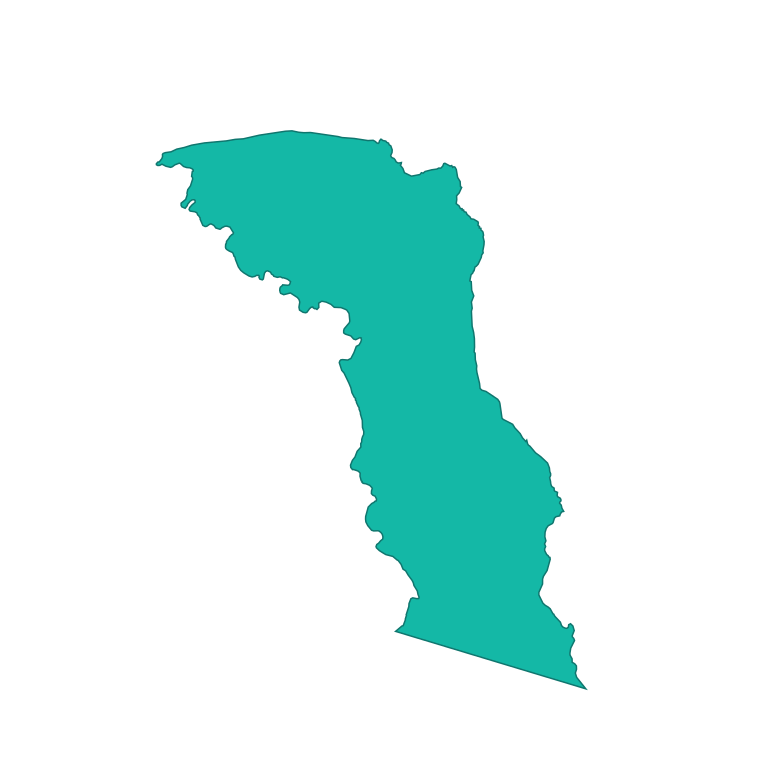 the district of Wampusirpi, Gracias a Dios, Honduras, rotated 287°
{"feature_id": "27666195B3053537582037", "entity_name": "Wampusirpi", "entity_type": "district", "adm_level": 2, "iso_a3": "HND", "parent_name": "Honduras", "parent_adm1": "Gracias a Dios", "projection": "mercator", "projection_center": [-84.653, 15.069], "detail": "fine", "context": "isolated", "style": "filled", "palette": "teal", "viewbox_px": 768, "rotation_deg": 287, "n_neighbors": 0, "source": "geoboundaries", "source_scale": "gbopen_adm2", "svg_char_len": 6171}
<svg xmlns="http://www.w3.org/2000/svg" viewBox="0 0 768 768"><g transform="rotate(287 384 384)"><path d="M613.9,302.4L612.1,297.5L610.1,283.8L607.4,271.8L607.2,267.7L603.0,240.2L600.9,234.0L599.8,228.8L599.2,222.0L596.9,215.8L585.6,192.2L577.3,177.7L574.4,170.1L570.4,162.2L562.0,141.7L556.2,130.3L551.7,123.7L548.0,117.1L543.8,112.5L541.3,107.2L539.9,105.4L538.8,105.0L536.9,105.7L534.7,105.7L530.8,104.2L530.0,102.7L527.9,101.9L527.1,102.3L526.8,103.8L527.5,105.6L529.3,107.4L528.5,111.8L528.8,116.6L529.9,118.1L532.4,119.9L535.3,123.6L535.3,124.7L533.4,128.7L533.3,132.0L534.0,135.3L533.6,137.9L532.9,139.0L531.8,139.3L531.4,138.6L530.7,138.6L526.3,139.3L525.6,140.4L524.1,141.1L516.8,141.0L512.5,139.5L508.8,139.8L507.7,140.5L502.6,140.4L497.6,137.1L495.4,137.8L494.3,138.9L493.9,142.5L497.1,143.7L498.6,143.7L502.2,145.2L504.0,146.7L504.7,148.5L504.4,149.6L502.5,150.3L499.3,148.1L496.0,146.6L493.8,146.6L492.7,148.0L493.4,152.8L493.0,155.0L491.2,156.4L490.8,157.5L488.9,159.7L487.8,160.0L482.7,164.4L482.3,166.9L483.0,168.4L485.5,170.3L486.6,171.7L485.9,175.0L484.0,177.6L484.0,181.6L484.3,182.3L485.8,183.1L488.3,185.7L489.0,187.5L489.0,190.8L484.5,195.9L482.7,195.5L482.4,194.8L479.5,193.3L478.4,193.2L474.4,191.7L472.2,192.1L471.5,191.7L468.5,192.4L467.4,193.1L466.7,194.2L465.9,197.1L465.5,200.4L464.8,201.5L462.2,203.3L461.8,204.4L459.7,205.5L453.4,210.5L450.8,213.8L449.3,217.4L447.8,223.3L447.8,226.6L449.2,229.1L450.6,230.3L451.3,232.5L450.6,233.2L449.5,233.2L448.0,234.6L448.0,237.2L449.1,237.9L454.9,237.3L457.1,238.0L458.2,239.5L457.8,242.8L456.3,244.2L455.6,246.4L454.8,247.1L454.8,250.8L456.2,253.4L455.8,255.9L456.2,256.7L456.1,260.0L455.8,261.8L454.6,264.7L452.1,264.7L451.0,264.3L450.3,263.2L449.2,258.1L448.5,258.0L446.3,256.6L445.2,256.5L443.1,256.9L441.2,258.0L440.5,258.7L440.1,262.0L443.7,267.9L441.4,275.9L439.9,278.1L437.7,279.5L432.6,280.2L430.0,281.6L428.9,285.6L429.2,288.2L430.0,289.3L434.3,290.8L436.1,291.9L436.8,293.4L436.1,294.1L435.7,295.6L436.1,296.3L435.7,298.1L438.2,299.3L442.2,297.9L444.8,300.1L445.1,301.2L445.4,304.8L444.7,309.9L442.8,314.0L444.5,320.6L444.1,325.3L443.8,326.8L441.2,330.0L434.2,332.9L432.4,332.9L425.2,329.8L423.3,329.8L421.1,330.5L420.4,332.4L420.3,338.2L418.1,341.8L418.1,344.0L421.3,347.4L421.3,348.8L420.6,348.8L419.8,349.5L417.3,349.5L414.0,348.7L411.9,346.5L405.3,346.1L398.8,344.9L396.3,342.3L395.2,337.2L394.5,335.7L393.1,335.0L391.3,335.0L384.7,339.6L382.8,342.6L374.7,350.1L370.7,353.4L366.3,355.9L362.6,359.5L361.9,361.0L360.4,361.3L359.7,362.4L358.2,363.1L354.9,366.0L354.2,367.1L352.7,367.5L350.1,369.6L348.3,370.3L342.8,373.9L336.2,376.1L332.6,378.6L329.7,379.3L327.5,378.9L324.6,378.9L322.0,379.6L320.2,379.2L316.9,380.3L311.8,378.0L305.7,377.6L301.7,376.1L296.6,375.7L294.4,376.7L292.9,378.9L293.3,380.0L293.2,384.4L292.5,386.2L291.7,387.3L288.8,388.0L284.8,390.5L284.4,391.6L283.7,391.6L282.9,393.1L283.3,396.0L282.9,400.0L281.4,402.6L280.7,403.3L278.1,403.3L275.5,404.0L274.4,405.8L274.1,408.3L271.8,410.5L270.0,410.8L269.3,409.7L267.9,409.0L266.1,407.2L261.7,404.9L251.9,405.2L249.3,405.9L246.8,407.0L243.8,409.9L240.5,414.9L240.5,417.1L241.9,421.2L241.9,422.3L241.1,424.5L239.7,426.3L237.5,427.7L235.3,428.1L233.1,426.6L230.2,425.4L228.4,424.0L226.2,423.9L225.1,424.7L223.3,428.3L222.2,432.3L221.4,435.6L221.7,442.9L219.5,448.0L219.4,449.1L216.5,453.1L212.5,456.3L211.7,459.3L208.4,462.9L204.4,468.3L202.5,470.1L200.0,471.6L195.9,476.3L192.6,478.1L190.4,479.9L189.0,479.9L188.3,478.0L187.9,474.0L186.5,472.5L181.4,472.1L178.5,472.8L169.8,472.7L169.4,473.1L165.4,473.1L164.7,473.4L158.5,473.0L157.8,471.9L150.8,467.4L151.5,666.1L159.8,654.0L163.5,651.5L167.5,651.5L170.7,650.4L172.2,648.2L172.9,645.3L176.2,644.2L179.1,641.2L180.9,640.5L186.0,639.8L194.4,641.2L196.2,639.8L197.3,638.0L198.4,637.6L203.8,638.0L207.8,635.4L209.3,632.5L207.8,631.0L205.3,631.4L203.8,630.3L203.5,628.8L203.8,626.3L204.9,624.4L207.8,622.3L211.8,615.3L213.6,613.5L213.6,612.8L217.6,608.7L218.7,606.2L219.5,602.9L220.9,600.0L227.5,593.8L230.0,593.0L239.1,594.1L243.8,592.7L246.7,592.7L253.3,594.5L264.9,594.2L266.7,593.4L266.7,592.3L267.8,591.2L268.5,589.4L271.5,586.5L273.3,585.8L275.8,586.1L278.0,584.3L281.3,584.7L284.9,582.5L289.3,581.4L293.3,581.4L296.5,582.5L299.8,585.8L300.9,586.2L305.6,586.2L307.4,587.3L309.3,590.6L311.1,590.6L313.6,591.3L314.7,593.1L317.2,590.5L320.0,588.9L321.3,586.8L322.3,586.6L324.0,587.4L325.3,586.9L326.3,586.0L327.0,583.0L328.2,582.1L331.1,581.6L331.5,578.5L332.0,577.9L334.2,577.1L335.0,574.4L337.0,572.8L339.8,571.6L342.8,569.8L345.1,570.1L346.9,569.6L348.8,568.1L352.1,566.7L356.2,563.5L360.3,555.2L362.5,549.0L367.2,541.7L367.8,539.9L368.8,538.8L372.0,536.9L370.5,536.4L373.0,532.2L376.3,528.8L380.4,521.8L383.1,518.8L385.0,508.3L385.9,506.8L399.1,500.6L400.7,499.6L402.6,497.2L406.7,483.7L406.7,479.4L407.8,477.2L412.5,475.2L422.2,469.5L425.3,468.1L428.5,467.4L433.8,464.3L440.1,462.1L441.0,460.8L445.8,459.8L453.8,457.2L459.6,454.6L465.0,451.4L479.2,446.3L482.2,446.2L488.0,443.6L494.5,444.1L499.2,440.5L507.4,437.5L507.7,435.9L513.9,435.3L516.0,436.4L518.3,436.6L518.5,437.0L522.5,436.8L523.6,437.8L526.1,439.0L533.4,440.0L536.1,439.7L538.4,440.5L540.2,439.6L546.4,438.9L549.6,438.1L553.7,435.7L555.4,435.7L558.1,434.3L558.8,433.6L559.6,431.7L561.2,431.2L561.1,429.5L562.5,429.3L563.2,427.5L565.6,427.1L566.6,426.4L567.8,421.7L567.4,418.9L569.0,417.3L570.4,413.9L572.3,412.2L572.2,410.3L573.7,409.2L573.1,408.0L574.5,407.4L574.1,405.8L576.3,403.7L577.6,400.3L581.5,399.7L585.2,398.4L588.6,400.0L594.7,400.8L595.2,399.4L599.9,397.6L603.1,394.0L610.3,390.4L612.1,388.5L612.2,387.3L611.2,386.3L612.7,384.9L611.8,383.4L612.9,377.7L612.2,376.7L609.6,376.5L607.0,375.2L606.5,373.2L605.0,371.7L602.8,367.0L599.2,361.1L597.1,359.8L597.0,358.0L594.8,357.1L590.8,349.5L592.0,341.8L595.6,339.1L598.0,335.7L599.6,336.1L600.9,335.9L599.7,333.7L599.5,332.4L600.1,330.5L601.4,329.4L602.6,327.6L602.8,325.5L603.4,324.4L604.4,323.6L607.7,324.0L610.3,323.4L613.7,320.9L614.3,318.9L615.7,317.9L615.9,315.9L616.8,314.7L616.5,311.2L617.2,310.3L617.2,309.4L615.1,308.6L613.4,308.7L612.4,308.1L612.5,306.4L613.3,305.0L613.9,302.4Z" fill="#14b8a6" stroke="#0f766e" stroke-width="1.5"/></g></svg>